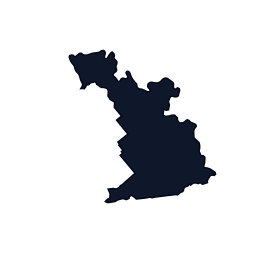 Agudo, Rio Grande do Sul, Brazil (Natural Earth projection), rotated 140°
{"feature_id": "56859067B5198359273903", "entity_name": "Agudo", "entity_type": "district", "adm_level": 2, "iso_a3": "BRA", "parent_name": "Brazil", "parent_adm1": "Rio Grande do Sul", "projection": "natural_earth1", "projection_center": [-53.238, -29.642], "detail": "fine", "context": "isolated", "style": "filled", "palette": "ink", "viewbox_px": 256, "rotation_deg": 140, "n_neighbors": 0, "source": "geoboundaries", "source_scale": "gbopen_adm2", "svg_char_len": 3385}
<svg xmlns="http://www.w3.org/2000/svg" viewBox="0 0 256 256"><g transform="rotate(140 128 128)"><path d="M152.1,58.0L135.8,47.4L134.6,46.6L132.9,44.9L130.9,44.8L129.4,45.1L127.4,44.2L125.7,44.4L124.6,45.6L121.9,46.2L120.7,45.6L119.1,45.1L116.9,45.4L116.7,44.0L114.7,43.9L113.3,43.8L111.0,42.0L110.0,40.3L108.8,40.0L107.6,39.4L107.2,37.2L105.3,36.2L102.2,35.1L101.5,36.3L99.8,37.3L95.6,38.6L94.0,38.1L92.4,36.2L90.6,36.3L89.8,37.9L91.2,43.3L92.8,46.1L94.7,48.3L95.2,49.7L91.7,52.0L89.7,54.2L87.9,56.2L88.1,58.4L89.9,59.9L88.4,64.7L86.1,66.4L84.6,68.2L83.6,69.8L83.0,71.3L83.8,78.1L81.0,81.8L79.4,83.7L77.7,84.7L74.5,85.5L73.9,87.3L76.3,92.2L76.5,94.5L77.1,96.0L78.3,96.5L81.1,96.3L83.0,97.0L85.0,98.5L85.4,100.3L84.9,102.5L83.6,104.1L84.0,107.8L85.7,109.4L88.7,110.7L91.8,112.8L92.8,115.3L88.6,119.5L87.3,117.0L85.3,115.9L81.4,119.2L80.0,122.4L75.5,124.8L73.7,124.0L72.1,121.7L70.3,120.5L68.8,120.4L66.6,122.0L65.0,123.0L64.1,123.9L63.4,125.3L64.3,127.0L66.3,126.9L67.6,128.5L67.0,130.1L66.0,131.2L64.8,132.4L64.3,134.0L64.9,136.5L65.3,137.9L65.6,139.5L66.3,141.3L67.5,142.4L68.6,142.8L69.8,143.0L71.2,142.9L72.7,142.7L73.9,142.7L75.3,143.0L76.4,143.5L77.4,144.3L78.7,145.6L79.6,146.7L80.4,147.8L82.1,148.8L83.9,148.9L85.2,148.3L86.2,147.2L86.6,145.9L86.4,144.4L86.7,142.6L88.1,142.0L89.4,142.8L90.2,144.1L90.7,145.3L92.5,148.9L94.1,150.5L94.8,152.2L94.4,154.3L93.1,156.2L93.3,158.3L93.2,160.4L93.1,162.7L92.8,164.5L92.2,166.5L91.6,167.9L91.1,170.0L91.6,171.6L92.7,172.1L93.9,171.7L94.5,170.4L94.8,168.5L95.4,166.9L96.8,166.6L98.3,167.3L99.4,168.9L100.3,169.8L101.6,170.0L102.8,169.6L104.0,169.1L105.4,169.6L105.7,171.3L105.3,173.0L105.3,174.4L105.7,176.9L105.4,178.2L104.0,179.0L102.5,179.1L101.0,179.0L99.9,179.3L98.9,180.5L98.2,182.4L97.0,183.5L95.3,184.4L94.0,185.8L93.8,187.6L94.0,189.3L93.7,190.8L92.5,191.7L91.6,192.6L91.1,194.2L91.3,196.4L92.5,196.6L94.2,196.2L95.8,196.0L97.2,195.4L99.2,194.8L100.6,195.2L101.0,196.5L99.8,198.3L98.5,199.0L97.1,200.1L96.5,202.1L97.2,203.5L98.9,204.3L101.1,204.4L102.6,205.2L107.1,208.0L108.8,208.7L110.4,209.3L112.3,210.1L113.9,211.3L115.0,212.4L115.4,213.7L115.9,215.5L117.2,216.3L119.0,216.3L120.7,216.5L122.4,216.2L123.1,217.5L123.3,219.1L124.5,220.3L126.3,220.9L127.5,220.0L128.2,218.2L129.0,215.6L129.2,213.4L129.2,211.0L129.6,209.2L130.6,207.2L131.2,205.3L131.2,203.2L131.1,201.8L131.2,200.3L131.7,199.0L132.4,197.4L133.0,196.0L133.6,194.6L133.9,193.1L134.3,191.5L135.0,190.2L136.5,189.2L138.8,188.5L137.4,187.6L136.2,186.1L133.5,186.9L132.5,187.8L131.5,187.2L130.2,186.4L127.7,186.8L126.1,185.8L124.1,185.0L123.2,183.9L123.9,181.5L123.1,179.5L123.0,177.8L122.1,176.0L120.4,174.6L118.8,172.1L118.6,170.5L119.6,168.7L120.6,167.7L122.9,165.2L122.9,163.5L123.3,161.5L122.6,159.2L122.1,157.9L121.5,156.6L125.2,152.6L125.3,141.3L131.7,141.4L131.9,130.7L131.9,123.4L144.8,123.7L144.9,120.8L146.1,120.8L146.2,114.1L148.3,114.2L148.3,112.1L151.6,112.1L151.6,98.4L151.7,88.7L154.4,88.7L164.2,88.5L165.9,88.4L168.7,88.2L170.8,88.7L172.7,88.2L176.2,88.7L178.0,91.0L182.5,94.0L183.0,92.5L183.3,91.1L183.9,89.3L184.8,88.2L186.4,86.6L187.9,86.1L189.7,86.6L191.0,86.5L192.6,86.3L191.9,84.4L190.4,83.1L185.0,79.9L182.5,79.7L180.7,78.9L177.8,77.6L176.4,76.1L175.4,74.3L172.5,73.4L171.3,74.7L168.4,74.2L167.9,72.0L167.4,70.1L167.3,68.3L159.9,63.3L157.6,62.0L155.8,61.0L154.3,59.1L152.1,58.0Z" fill="#0f172a" stroke="#020617" stroke-width="1.5"/></g></svg>